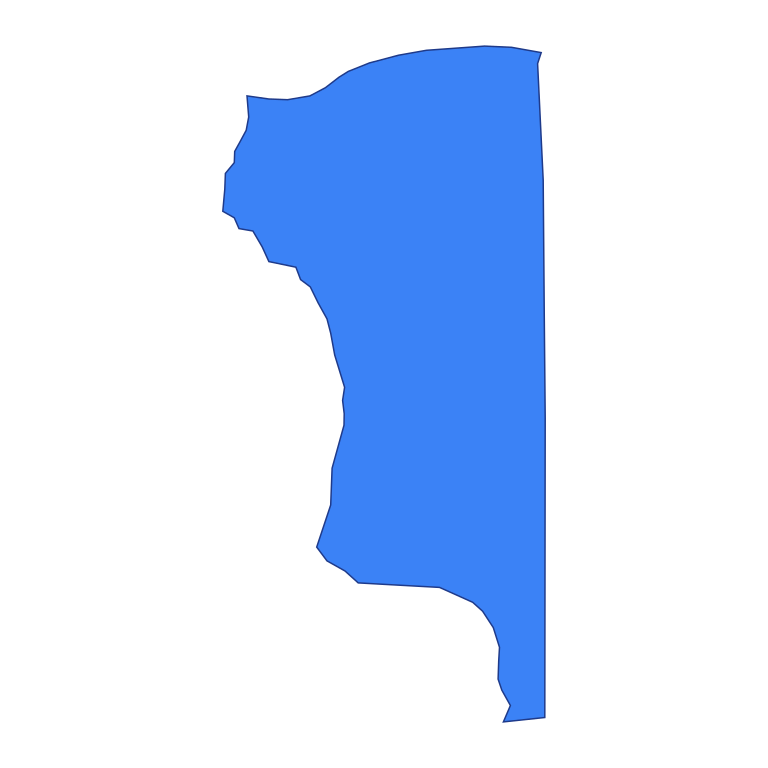 Lupionópolis, Paraná, Brazil
{"feature_id": "56859067B97395600042242", "entity_name": "Lupionópolis", "entity_type": "district", "adm_level": 2, "iso_a3": "BRA", "parent_name": "Brazil", "parent_adm1": "Paraná", "projection": "robinson", "projection_center": [-51.683, -22.744], "detail": "fine", "context": "isolated", "style": "filled", "palette": "blue", "viewbox_px": 768, "rotation_deg": 0, "n_neighbors": 0, "source": "geoboundaries", "source_scale": "gbopen_adm2", "svg_char_len": 837}
<svg xmlns="http://www.w3.org/2000/svg" viewBox="0 0 768 768"><path d="M247.0,95.9L248.7,117.0L246.2,130.3L240.4,141.1L234.7,151.4L234.3,162.6L225.4,173.4L224.8,189.1L222.8,211.3L234.3,217.8L239.0,228.6L252.9,231.0L262.2,246.9L268.9,261.6L295.9,267.2L300.6,279.6L310.3,286.9L318.2,303.0L327.0,318.9L330.7,333.2L334.7,355.0L344.6,387.3L342.6,400.4L344.2,413.7L344.0,425.2L332.1,468.2L330.7,505.0L316.7,547.1L327.0,560.9L345.0,571.0L358.2,582.9L395.9,585.0L439.5,587.4L472.7,602.3L482.6,611.2L493.3,627.6L499.5,647.3L498.7,661.1L498.1,679.1L501.8,690.1L510.4,705.5L503.4,721.9L544.8,717.5L545.2,418.6L544.2,307.5L543.2,180.2L537.6,63.6L541.2,52.6L511.5,47.3L484.6,46.1L426.4,50.3L398.6,55.2L369.5,62.9L348.3,71.4L339.0,77.2L325.4,87.7L309.9,95.9L287.6,99.7L268.9,99.0L247.0,95.9Z" fill="#3b82f6" stroke="#1e3a8a" stroke-width="1.5"/></svg>